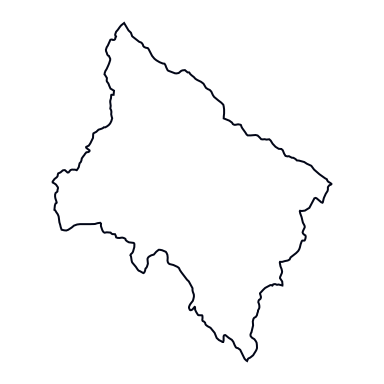 outline of Yen Chau, Son La, Vietnam
{"feature_id": "81297802B99176770386813", "entity_name": "Yen Chau", "entity_type": "district", "adm_level": 2, "iso_a3": "VNM", "parent_name": "Vietnam", "parent_adm1": "Son La", "projection": "equal_earth", "projection_center": [104.318, 20.992], "detail": "fine", "context": "isolated", "style": "outline", "palette": "ink", "viewbox_px": 384, "rotation_deg": 0, "n_neighbors": 0, "source": "geoboundaries", "source_scale": "gbopen_adm2", "svg_char_len": 5953}
<svg xmlns="http://www.w3.org/2000/svg" viewBox="0 0 384 384"><path d="M124.1,23.0L121.0,25.5L119.5,27.4L117.9,29.7L116.1,31.8L115.2,34.4L115.3,35.7L115.8,36.0L116.0,36.3L116.1,36.6L115.5,37.5L115.3,37.9L115.3,38.6L115.1,39.1L114.4,39.8L113.0,40.0L112.0,39.5L111.4,39.5L110.4,39.8L107.8,45.6L106.7,47.3L105.9,49.8L106.1,51.3L106.8,52.9L107.3,54.6L108.1,55.6L108.9,55.9L110.2,58.7L110.2,59.9L110.1,60.4L109.0,63.7L108.2,65.6L106.6,69.1L105.5,70.8L104.8,72.7L104.5,74.4L105.0,74.9L106.9,78.0L106.7,80.6L106.9,81.5L108.4,83.5L109.4,86.1L110.5,88.6L114.0,90.7L113.6,94.8L111.4,94.8L111.2,95.1L111.0,98.2L110.3,100.5L110.2,101.9L110.7,105.8L110.3,108.7L111.1,110.1L111.4,111.9L111.2,114.4L111.7,116.7L112.2,118.2L111.3,121.2L110.1,123.5L108.8,125.0L107.1,126.3L105.3,127.3L103.8,127.3L102.9,128.1L101.6,128.7L98.5,129.7L96.3,131.8L93.5,133.3L93.2,134.1L93.0,137.9L90.3,143.4L88.8,145.6L86.2,146.9L86.1,147.4L86.5,148.1L89.5,150.3L89.6,150.8L89.4,151.3L88.8,151.8L88.1,152.1L86.4,152.3L85.0,153.9L84.4,154.9L83.2,156.4L81.8,158.4L81.4,160.5L80.8,162.0L79.6,163.3L78.7,167.3L77.0,169.9L76.7,170.2L75.1,169.7L71.9,169.6L70.5,170.1L68.6,172.4L67.5,172.5L65.0,170.2L64.2,170.1L62.8,170.4L60.5,172.4L58.2,173.4L57.8,174.6L57.7,175.5L57.5,176.3L56.8,177.2L54.5,179.0L52.7,181.5L52.6,181.9L52.7,182.5L54.5,183.5L56.0,184.6L57.8,187.2L58.0,187.9L57.9,188.6L57.5,190.0L57.4,191.5L57.0,191.9L55.6,193.0L55.1,194.6L55.1,196.7L55.4,198.4L56.7,202.4L56.6,202.8L56.4,203.1L55.6,203.4L54.9,205.3L54.4,209.9L55.2,210.3L56.3,212.2L57.7,214.2L58.4,215.8L58.7,216.8L59.4,222.3L60.2,224.9L60.7,227.1L61.6,229.7L64.1,230.3L66.3,230.5L68.2,229.8L71.6,227.6L74.0,225.6L77.1,224.5L80.3,224.1L91.3,224.1L94.9,224.0L97.5,223.2L100.2,222.8L101.0,223.6L100.9,225.4L101.0,226.3L102.3,230.1L102.7,230.9L103.3,231.8L104.0,232.4L104.6,232.7L106.8,232.3L110.6,232.6L111.6,233.7L112.5,234.1L115.0,234.2L115.8,235.8L115.9,236.6L116.2,237.4L117.6,237.9L119.4,238.0L121.3,237.7L122.8,237.7L124.5,238.3L125.4,238.9L125.8,240.2L127.1,241.3L128.9,242.3L133.6,242.9L134.2,243.4L134.4,244.4L134.3,247.1L133.0,251.7L132.2,253.0L130.8,254.3L130.4,255.3L130.8,255.8L131.1,257.0L131.6,260.4L132.0,262.0L132.4,262.7L135.9,266.9L137.7,269.6L138.6,270.6L140.2,271.3L143.3,273.1L144.2,272.6L145.0,270.9L145.5,268.6L146.4,267.7L147.0,266.6L147.9,263.7L147.5,259.3L147.6,258.5L148.2,257.4L149.2,256.5L151.3,255.3L153.8,254.6L156.2,251.8L158.7,249.8L159.9,249.8L162.0,250.2L165.8,251.8L166.6,253.0L167.4,254.9L167.7,257.6L167.5,260.7L167.9,262.3L168.4,263.1L169.4,264.0L173.4,265.0L177.5,266.9L179.0,268.1L179.9,270.1L181.3,272.2L187.0,279.7L188.8,281.4L192.5,288.2L192.5,290.2L192.8,291.7L193.8,294.4L193.9,295.3L193.9,296.8L193.3,299.4L192.8,300.9L190.6,303.7L189.8,305.0L189.2,306.4L189.0,307.2L189.0,307.9L189.8,309.8L190.4,310.2L191.3,310.1L192.4,309.5L194.6,306.9L195.0,307.1L195.1,308.2L195.1,309.7L196.2,312.0L197.6,314.3L198.1,315.0L198.6,315.2L201.8,315.3L202.2,315.4L202.4,315.8L202.5,317.0L202.5,318.1L202.3,320.0L202.7,321.0L204.0,321.6L204.7,322.3L205.1,322.7L205.3,323.8L205.8,324.8L206.5,325.4L207.7,326.3L210.5,327.8L214.6,332.8L216.7,338.0L219.0,340.1L221.6,341.4L222.4,342.0L223.2,342.0L223.6,340.6L223.6,336.5L223.8,335.8L224.3,335.2L225.4,335.1L228.8,337.9L231.8,339.8L233.3,341.8L234.6,345.0L235.9,347.4L237.1,348.0L238.0,348.2L240.2,349.8L244.6,358.8L246.3,360.5L247.1,361.0L247.9,359.0L248.5,358.4L250.2,357.6L253.1,355.3L256.1,350.5L256.8,348.8L257.0,348.0L256.9,345.0L256.6,342.7L255.9,341.3L254.4,339.2L252.1,337.8L251.5,337.2L250.6,336.0L250.5,335.1L250.5,334.5L251.0,333.0L251.4,332.5L253.1,325.4L252.8,321.5L253.4,319.0L254.0,318.0L254.5,317.6L255.8,316.9L256.9,315.3L257.3,313.5L258.0,311.5L258.0,310.6L258.3,309.9L259.1,308.5L259.4,307.2L259.3,305.4L259.0,304.0L258.3,302.2L258.4,301.6L258.5,301.0L258.8,300.3L259.1,299.8L260.0,299.3L260.6,298.6L261.0,297.1L260.5,295.2L260.0,293.8L260.0,293.3L263.3,289.7L265.2,287.9L270.4,285.1L271.7,285.1L272.0,285.5L272.4,285.6L273.2,284.4L274.4,284.1L275.2,284.1L277.0,284.8L278.6,284.5L282.4,285.5L282.5,284.9L282.2,281.5L280.0,278.2L280.1,277.1L281.9,272.9L282.1,271.5L281.6,269.1L280.5,266.4L279.8,262.7L280.0,261.9L282.1,261.9L284.8,261.1L287.8,260.5L289.6,259.5L290.6,257.4L296.1,253.1L298.2,251.0L299.2,249.3L299.9,247.4L300.6,244.4L301.7,241.3L302.3,240.6L304.3,240.6L304.7,240.4L305.4,238.7L305.7,237.0L305.7,236.4L305.4,235.4L304.3,234.8L303.0,233.5L302.6,232.3L303.1,230.7L304.7,227.4L304.7,226.2L304.3,225.2L302.9,222.6L302.3,220.2L301.6,217.2L300.2,213.3L299.8,211.2L300.0,210.8L301.9,211.0L304.9,210.6L309.4,207.8L314.4,198.3L315.6,197.9L316.6,198.3L321.3,202.3L322.5,202.7L322.8,202.3L323.8,198.2L324.3,197.0L325.8,193.7L327.5,191.1L327.9,189.5L327.9,187.2L328.4,186.4L329.4,185.2L330.8,184.7L331.4,184.2L331.4,183.8L330.2,182.9L328.2,181.7L327.2,180.4L326.9,179.3L325.1,178.3L319.5,174.3L314.1,169.6L311.3,165.8L306.8,163.7L304.2,162.0L299.0,160.6L296.8,160.4L295.6,159.1L293.4,157.8L291.8,157.7L288.9,156.2L287.4,156.4L285.5,155.9L284.1,153.6L282.8,150.3L281.4,149.0L278.7,148.8L275.5,146.8L272.6,143.7L270.7,140.6L269.3,139.3L266.4,139.6L264.6,139.2L262.8,139.4L261.2,139.2L259.4,137.2L257.6,135.5L255.6,135.0L250.7,135.4L247.7,135.4L246.6,134.5L245.3,132.4L242.4,128.4L241.6,127.0L240.9,125.0L240.3,124.7L238.1,124.3L235.5,124.8L234.3,124.8L232.9,124.1L232.0,122.6L229.4,120.7L223.7,118.4L223.8,116.2L224.1,113.5L224.1,109.4L223.7,106.4L223.3,104.7L221.2,102.6L218.3,100.4L214.1,96.9L212.9,95.1L211.3,91.6L209.8,90.0L207.6,89.0L205.9,87.8L203.5,83.7L201.0,81.8L197.3,80.0L195.4,78.8L193.9,77.1L191.6,75.3L190.1,73.9L189.5,72.8L189.1,72.4L187.6,72.4L184.9,70.1L182.4,70.4L181.2,70.9L178.7,73.0L176.6,73.4L175.0,73.3L168.2,70.7L167.5,70.0L166.2,67.3L165.5,65.3L164.5,63.7L162.8,63.5L159.6,62.2L156.4,60.3L154.4,58.7L152.1,55.9L148.7,49.3L147.8,48.1L145.7,47.7L144.2,47.0L143.2,45.9L143.0,44.9L142.1,43.4L141.1,42.5L139.2,41.8L132.2,36.3L130.9,32.7L128.5,30.4L124.1,23.0Z" fill="none" stroke="#020617" stroke-width="2"/></svg>